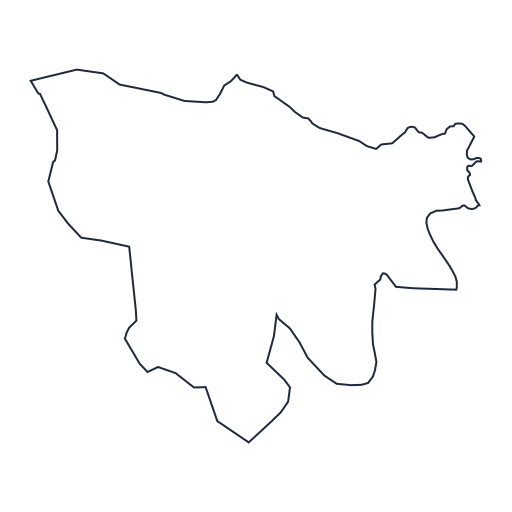 outline of Ash Shamayatayn, Ta`izz, Yemen
{"feature_id": "15242507B595080071721", "entity_name": "Ash Shamayatayn", "entity_type": "district", "adm_level": 2, "iso_a3": "YEM", "parent_name": "Yemen", "parent_adm1": "Ta`izz", "projection": "equal_earth", "projection_center": [44.059, 13.173], "detail": "fine", "context": "isolated", "style": "outline", "palette": "slate", "viewbox_px": 512, "rotation_deg": 0, "n_neighbors": 0, "source": "geoboundaries", "source_scale": "gbopen_adm2", "svg_char_len": 4283}
<svg xmlns="http://www.w3.org/2000/svg" viewBox="0 0 512 512"><path d="M259.4,86.0L253.3,84.4L252.4,84.1L250.1,83.5L246.5,82.5L240.3,79.7L239.4,78.3L237.3,75.1L236.3,75.1L234.9,76.9L230.8,81.3L224.2,85.5L222.4,89.2L219.9,94.2L218.4,96.3L216.0,100.0L213.5,101.4L212.9,101.7L206.3,102.3L196.4,101.7L188.3,101.2L186.8,101.1L184.4,100.9L183.3,100.6L180.1,99.6L175.4,98.1L164.3,94.7L160.9,92.9L157.7,92.3L146.7,90.0L144.8,89.7L136.8,88.0L119.7,84.6L103.3,73.4L95.3,72.2L93.6,72.0L76.8,69.6L72.3,70.7L55.0,74.9L52.4,75.5L50.3,76.0L30.7,80.8L37.1,91.5L38.1,93.3L40.0,93.9L45.4,105.1L51.4,118.0L54.1,123.8L57.1,130.1L57.1,130.3L57.2,150.4L55.0,160.5L53.2,161.8L48.3,181.5L48.4,181.8L57.0,207.0L58.3,210.8L65.3,219.9L68.0,223.5L81.2,237.7L101.5,240.6L129.2,246.7L129.2,246.8L131.0,263.9L131.3,267.5L131.8,272.0L133.8,290.9L135.5,307.1L135.8,310.0L136.4,320.6L129.2,327.7L126.7,332.5L124.9,338.7L125.0,338.8L139.6,363.6L147.5,372.0L158.0,367.0L175.6,373.1L194.0,387.5L205.6,387.1L217.3,421.1L248.7,442.4L270.6,422.2L272.4,420.6L273.2,419.6L278.7,414.4L280.6,412.6L288.1,401.7L288.7,397.4L290.0,387.4L285.3,381.1L284.0,379.4L266.6,362.8L270.2,349.8L270.9,347.0L271.3,345.8L274.0,335.8L275.4,324.3L276.6,314.8L278.7,318.8L279.1,319.3L280.1,320.1L282.9,322.5L285.6,324.8L287.4,326.3L289.8,328.3L293.4,333.6L295.3,336.2L296.3,337.7L299.7,342.6L299.7,342.8L303.9,350.6L307.7,357.8L308.0,358.1L324.4,375.6L336.7,383.8L350.4,385.1L350.7,385.2L361.6,384.8L368.0,383.0L372.9,376.6L373.5,374.7L375.1,369.8L375.1,369.5L376.4,361.9L374.8,353.1L374.4,351.1L373.0,344.6L372.7,339.5L372.3,332.9L372.3,332.1L372.3,321.7L373.7,308.5L374.1,304.8L374.2,303.6L374.4,301.6L375.5,288.9L375.5,288.6L374.9,285.9L374.6,284.6L376.6,282.8L377.5,281.9L379.1,280.6L380.1,279.7L380.3,279.5L380.7,277.1L380.8,276.4L382.9,273.3L384.3,273.4L386.8,274.7L390.9,280.2L394.3,284.6L395.9,286.8L397.9,287.0L403.0,287.4L407.6,287.8L415.0,288.3L416.2,288.4L418.3,288.4L418.6,288.4L420.1,288.5L430.2,288.8L435.2,289.0L436.6,289.0L438.9,289.1L450.6,289.5L452.5,289.5L455.9,289.7L456.3,289.7L456.8,287.4L456.8,286.6L456.8,285.2L456.8,283.0L456.8,282.7L456.8,282.4L456.8,281.7L455.4,276.6L451.6,269.3L450.5,268.0L450.6,267.5L448.4,264.2L444.1,257.9L440.3,252.4L439.5,251.3L437.5,248.4L435.0,244.2L433.7,242.2L433.5,241.8L431.7,238.2L431.0,236.6L430.3,235.2L429.4,233.3L427.7,228.8L426.4,222.9L426.5,221.8L426.7,219.3L426.9,217.9L429.3,214.6L430.0,213.7L430.3,213.4L431.3,213.0L436.4,210.7L441.2,210.6L441.3,210.6L442.8,210.5L446.7,209.9L452.2,209.2L455.4,208.8L456.1,208.7L457.5,208.5L459.4,208.2L460.0,207.7L461.1,206.9L461.5,206.5L462.8,205.6L463.1,205.6L463.8,205.4L464.5,205.5L465.1,205.9L465.8,206.5L466.8,207.4L466.9,207.5L467.8,208.0L468.6,208.5L471.1,208.9L472.0,209.0L472.9,208.9L475.2,208.2L476.6,207.0L477.5,206.0L478.5,205.1L479.3,205.2L478.9,204.4L477.5,202.4L475.7,199.8L475.4,198.1L474.7,196.4L472.7,192.1L471.7,189.5L469.6,183.9L469.0,182.3L467.9,179.6L467.9,177.1L468.9,175.8L470.0,175.0L469.9,174.0L469.9,173.9L469.6,173.0L468.9,171.8L467.3,170.3L467.1,167.5L467.2,167.3L468.1,165.8L469.8,165.8L470.1,165.9L470.6,166.1L471.8,166.0L472.7,165.1L476.4,161.5L478.5,161.2L479.6,161.5L480.4,161.6L480.9,161.6L481.3,160.8L480.8,158.9L480.1,158.3L476.7,157.9L473.5,159.3L470.2,159.4L468.7,158.4L467.6,157.5L466.8,154.4L467.0,151.6L467.1,150.4L467.2,150.2L469.8,145.3L474.2,136.7L473.4,135.4L472.1,134.1L464.9,125.7L463.5,124.7L462.1,123.7L460.6,123.6L459.8,123.5L456.0,123.6L454.9,124.2L453.7,126.2L449.9,126.5L446.6,129.3L445.7,131.3L445.3,133.2L444.9,133.6L443.8,133.9L442.7,133.9L441.1,134.5L440.7,134.6L434.2,137.4L432.4,137.5L429.0,137.8L428.7,137.8L427.2,136.9L425.4,135.4L425.2,135.3L423.4,133.8L421.6,132.5L419.7,132.5L418.2,131.8L416.4,129.4L415.0,127.6L414.2,127.3L412.7,126.8L410.7,126.9L409.8,127.0L407.6,128.1L407.1,128.9L405.4,131.7L404.4,133.0L404.0,133.2L403.5,133.4L400.7,135.8L394.6,141.2L394.2,141.6L392.8,142.8L392.1,143.3L390.7,143.5L382.0,144.4L380.9,144.8L380.3,145.2L377.2,148.2L376.0,148.9L366.9,146.1L359.1,141.0L340.6,134.3L339.2,133.7L337.3,133.1L334.1,132.2L325.4,129.7L320.4,128.2L319.5,127.9L315.7,125.6L312.3,123.4L311.0,121.4L308.2,118.4L302.9,117.6L294.8,111.9L289.8,107.0L277.3,98.1L274.4,96.2L273.1,91.4L263.1,87.0L259.7,86.1L259.4,86.0Z" fill="none" stroke="#1e293b" stroke-width="2"/></svg>